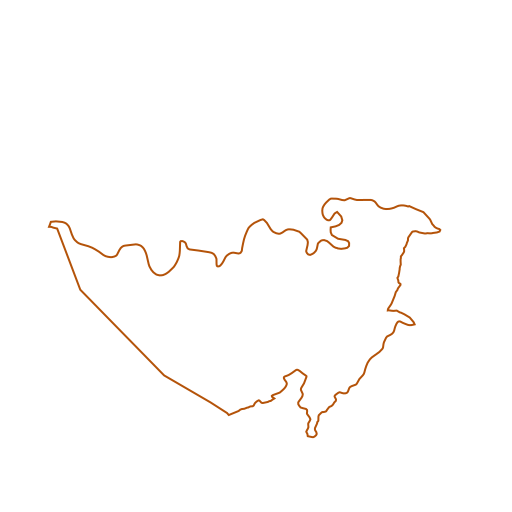 Nichula, Geylegphug, Bhutan, rotated 45°
{"feature_id": "84629894B33123696098059", "entity_name": "Nichula", "entity_type": "district", "adm_level": 2, "iso_a3": "BTN", "parent_name": "Bhutan", "parent_adm1": "Geylegphug", "projection": "natural_earth1", "projection_center": [89.979, 26.796], "detail": "fine", "context": "isolated", "style": "outline", "palette": "amber", "viewbox_px": 512, "rotation_deg": 45, "n_neighbors": 0, "source": "geoboundaries", "source_scale": "gbopen_adm2", "svg_char_len": 6154}
<svg xmlns="http://www.w3.org/2000/svg" viewBox="0 0 512 512"><g transform="rotate(45 256 256)"><path d="M343.4,106.6L335.9,109.8L329.0,112.4L328.6,113.4L326.7,114.4L324.7,115.8L322.9,117.5L321.4,119.5L320.7,121.0L319.5,124.2L318.3,126.4L316.9,128.5L314.7,130.9L312.7,132.4L309.8,133.7L307.5,134.2L305.9,134.1L302.7,133.6L301.2,133.6L298.9,134.3L297.5,135.2L295.8,136.9L289.4,143.4L287.7,145.1L285.6,146.4L282.0,148.2L281.4,148.7L281.0,149.4L279.5,153.4L279.1,154.1L277.2,155.6L273.7,157.6L272.4,158.6L268.8,162.0L268.3,162.7L267.9,164.3L267.8,168.6L268.0,171.1L268.6,173.6L269.3,175.2L270.8,177.1L272.7,178.7L274.1,179.6L276.3,180.4L277.9,180.6L280.3,180.4L281.8,179.7L282.4,179.1L282.8,178.5L282.9,177.7L282.5,175.0L281.6,170.8L281.6,170.0L282.2,167.5L288.3,167.8L291.8,169.7L293.0,172.1L292.8,175.3L291.3,178.8L288.6,182.9L290.3,184.8L292.1,186.4L294.8,187.5L301.8,185.8L307.8,181.5L310.7,180.4L312.7,181.0L314.7,183.1L314.7,185.6L313.5,187.7L311.2,190.7L308.5,192.8L307.8,193.0L306.4,193.9L304.1,194.6L298.1,194.9L295.7,195.2L292.9,196.6L291.8,197.9L291.4,198.6L291.1,199.4L290.9,202.8L291.1,203.6L293.4,207.1L294.2,208.5L294.7,210.2L294.8,212.7L294.5,214.4L293.6,216.8L293.0,217.3L292.3,217.7L291.6,218.0L290.0,217.9L288.5,217.4L287.9,216.9L284.8,211.9L283.3,210.0L282.7,209.4L280.6,208.2L271.9,208.1L269.5,208.2L263.8,211.0L261.2,213.1L260.1,214.2L259.6,214.9L258.9,216.4L258.5,218.1L258.1,220.6L257.3,223.0L256.8,223.7L256.2,224.3L254.2,225.6L251.2,226.7L249.6,226.8L247.3,226.6L240.3,224.9L236.4,224.8L234.9,225.2L233.7,227.4L231.4,233.8L230.9,237.1L230.8,239.7L230.9,241.4L231.4,243.0L232.3,245.4L233.9,249.2L235.6,252.5L237.8,256.0L240.6,260.2L242.1,262.1L242.5,262.9L242.8,264.6L242.6,265.4L241.9,266.6L237.9,269.4L236.8,270.6L236.0,272.1L235.5,273.7L235.1,276.2L235.2,277.9L235.4,278.8L236.7,282.8L237.3,285.3L237.5,287.8L237.4,288.7L237.1,289.5L236.6,290.1L236.0,290.6L235.2,290.6L233.9,289.7L230.3,286.2L229.7,285.8L227.4,284.9L225.1,284.5L224.3,284.6L222.8,285.0L222.1,285.3L220.0,286.6L211.5,292.8L204.4,298.3L203.0,298.8L202.2,298.9L199.9,298.1L197.8,296.9L197.1,296.7L196.3,296.6L195.5,296.7L194.0,297.2L193.3,297.6L192.3,298.7L192.3,299.4L192.7,300.0L198.4,306.1L200.0,308.0L201.5,310.0L202.3,311.5L203.0,313.0L204.2,316.1L204.7,317.8L205.3,320.2L205.6,321.9L205.6,324.5L205.5,328.8L205.1,331.3L204.7,332.9L203.7,335.3L202.7,336.6L201.6,337.8L200.2,338.7L198.8,339.5L198.0,339.7L194.9,340.1L191.8,339.8L188.0,338.7L185.8,337.6L178.3,332.9L176.2,331.8L174.0,330.9L171.7,330.2L170.1,330.0L167.7,330.1L166.2,330.6L164.1,331.7L162.8,332.7L156.1,341.2L155.2,342.6L154.8,344.2L154.7,345.9L155.2,348.4L156.8,353.3L156.9,354.1L156.8,355.0L156.2,356.6L154.9,358.7L153.7,359.9L151.8,361.3L149.7,362.5L147.4,363.2L141.9,364.0L137.3,365.1L134.3,366.0L130.6,367.6L123.6,371.5L121.4,372.4L119.8,372.7L116.7,372.8L115.1,372.6L114.3,372.4L110.6,371.0L104.9,368.2L102.6,367.4L100.3,367.2L98.7,367.3L97.1,367.8L95.0,368.9L90.6,372.5L90.0,373.0L86.8,376.9L88.0,379.4L89.0,381.7L90.6,380.2L92.6,379.3L96.0,377.2L155.6,404.1L275.5,405.4L327.3,391.7L346.6,387.5L349.2,387.7L353.3,377.9L353.5,375.9L354.1,374.4L355.8,372.2L357.0,369.4L357.7,368.5L358.0,367.3L358.5,366.2L359.9,364.6L360.1,363.3L359.6,361.9L359.3,360.8L359.3,359.3L359.5,357.6L360.0,356.1L360.7,355.8L363.5,355.9L364.2,355.6L364.8,355.1L367.6,350.8L367.8,350.0L368.2,349.0L368.9,348.1L369.2,345.9L369.7,343.8L366.8,344.2L366.1,343.7L366.3,342.4L369.1,336.4L369.4,335.6L369.6,333.1L369.7,330.5L369.6,328.8L369.3,327.1L368.7,325.5L368.3,324.8L367.7,324.2L366.2,323.6L363.9,323.3L362.3,322.8L361.7,322.3L361.4,321.6L361.6,320.7L362.7,318.4L363.3,316.9L364.1,313.5L364.9,308.5L365.2,307.7L365.8,307.1L366.5,306.8L368.1,306.4L372.0,306.0L375.9,305.3L376.7,305.3L377.2,305.9L380.0,312.1L381.2,317.0L381.5,317.8L382.0,318.5L382.6,319.0L386.4,320.4L387.0,320.9L387.9,322.3L388.4,323.9L389.2,329.0L389.5,329.8L390.7,330.9L392.2,331.3L394.6,331.6L396.7,330.5L399.5,328.8L401.0,328.8L402.2,329.9L403.2,331.2L403.9,331.6L407.8,332.2L409.3,332.7L410.0,333.1L410.6,334.6L411.2,337.1L411.6,337.8L414.1,340.0L414.8,341.5L415.2,343.1L415.8,344.7L416.5,345.0L418.0,345.4L420.0,346.8L424.0,344.2L424.6,343.6L424.9,342.8L425.1,342.0L425.2,340.3L425.0,339.4L424.5,338.7L423.2,337.9L421.0,337.4L420.1,336.8L419.4,336.0L417.6,331.2L416.8,330.2L416.7,328.8L416.3,328.1L413.7,325.4L413.0,324.2L413.0,320.9L413.2,319.5L414.1,318.6L415.0,317.2L415.4,316.2L415.0,314.5L414.6,311.5L414.6,310.9L415.4,308.8L415.5,308.0L415.5,306.6L414.9,304.2L414.9,302.1L414.3,301.1L413.7,300.7L411.4,300.0L410.7,299.6L410.4,298.8L410.5,297.1L410.9,294.6L411.2,293.8L411.6,293.1L413.8,292.0L415.2,291.1L416.3,289.9L416.7,289.2L417.0,288.4L417.0,287.5L416.8,286.7L415.4,283.6L415.2,282.8L415.2,281.9L415.7,280.3L417.1,277.3L417.5,276.5L417.6,275.6L417.5,274.8L416.1,269.9L415.9,264.8L415.6,263.1L414.9,261.6L413.2,258.7L411.7,255.7L410.4,252.5L409.9,250.1L409.6,248.4L409.6,245.8L411.1,236.6L411.0,232.3L410.8,231.5L410.4,230.7L408.4,228.1L407.5,226.6L405.8,221.9L405.6,220.2L406.7,217.0L407.1,215.3L407.2,214.5L407.1,212.8L406.5,211.2L404.8,208.3L404.1,206.8L403.2,204.4L402.9,202.7L403.0,201.9L403.4,201.1L404.0,200.5L404.7,200.2L407.0,199.5L409.9,198.3L412.1,197.3L413.4,196.4L414.6,195.2L416.5,192.2L414.8,191.5L414.1,191.3L408.2,190.8L402.2,192.3L398.7,193.5L397.5,194.2L394.1,195.1L392.2,197.4L391.0,198.5L388.2,200.6L387.7,201.3L386.9,200.3L386.6,199.4L385.8,195.0L385.4,193.6L382.3,186.2L380.4,182.7L380.0,180.0L379.5,179.1L379.1,177.7L379.0,176.5L378.6,174.2L377.8,173.6L376.1,174.0L375.4,173.9L373.9,172.7L371.5,171.5L371.1,169.8L369.3,167.0L367.4,164.4L366.9,163.7L366.2,163.0L365.1,161.3L364.5,159.8L362.1,157.6L360.5,156.0L359.9,155.0L358.7,153.8L358.6,152.4L357.9,148.9L357.4,147.9L356.4,146.9L355.1,145.9L355.1,144.0L354.2,141.4L353.3,139.8L353.1,139.2L352.4,137.5L350.9,135.9L350.5,134.9L349.4,128.7L349.6,127.8L351.3,125.6L352.7,124.7L354.8,123.9L359.2,120.9L360.3,119.8L360.9,118.8L363.3,116.7L364.4,115.4L364.7,114.8L367.3,111.4L368.5,108.9L367.9,107.3L366.6,107.3L364.8,108.3L362.9,108.9L361.4,109.1L360.5,108.9L358.0,108.8L353.6,107.2L352.4,107.0L343.4,106.6Z" fill="none" stroke="#b45309" stroke-width="2"/></g></svg>